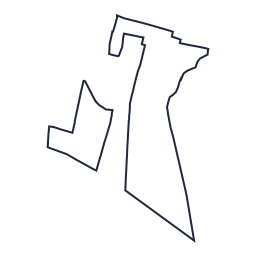 outline of San Sebastián Tutla, Oaxaca, Mexico
{"feature_id": "50627088B66033285847791", "entity_name": "San Sebastián Tutla", "entity_type": "district", "adm_level": 2, "iso_a3": "MEX", "parent_name": "Mexico", "parent_adm1": "Oaxaca", "projection": "natural_earth1", "projection_center": [-96.683, 17.044], "detail": "fine", "context": "isolated", "style": "outline", "palette": "slate", "viewbox_px": 256, "rotation_deg": 0, "n_neighbors": 0, "source": "geoboundaries", "source_scale": "gbopen_adm2", "svg_char_len": 3567}
<svg xmlns="http://www.w3.org/2000/svg" viewBox="0 0 256 256"><path d="M125.3,190.4L194.1,240.6L186.4,194.4L173.0,136.2L170.9,128.6L170.7,128.3L167.9,113.2L167.5,109.5L167.0,107.7L167.0,107.3L167.5,105.2L168.3,102.0L169.6,97.5L170.0,96.9L172.5,95.2L175.9,92.1L177.8,87.7L179.3,82.8L179.6,81.5L180.8,78.9L180.9,79.3L181.1,79.5L183.4,73.8L184.8,72.5L186.9,71.0L189.4,69.8L190.5,69.5L191.7,68.8L192.7,68.5L194.9,67.7L195.7,67.0L196.6,64.1L197.2,62.7L197.3,62.4L197.5,61.9L197.6,61.5L198.2,60.8L199.9,58.7L200.1,58.5L200.3,58.3L200.6,58.2L200.8,58.1L204.2,56.3L207.5,54.7L207.9,51.5L207.9,50.3L208.0,50.0L208.3,49.5L208.3,48.9L206.5,48.4L202.4,47.5L202.1,47.5L199.4,46.9L194.1,45.9L193.0,45.7L192.3,45.6L190.6,45.3L190.1,45.2L188.5,44.9L187.5,44.7L186.0,44.4L184.8,44.1L184.0,44.0L179.8,43.1L180.0,42.2L180.7,39.6L175.5,37.8L175.2,37.7L171.8,36.6L172.1,35.1L172.9,31.7L167.4,30.0L147.3,24.2L143.0,23.1L142.9,23.0L142.5,22.9L124.2,18.3L119.9,16.6L117.0,15.4L117.0,16.2L117.1,17.4L115.6,23.0L114.0,28.5L113.0,31.7L112.3,31.6L111.4,36.2L110.3,41.2L110.1,42.0L109.6,44.3L109.6,44.5L109.5,47.0L109.5,48.2L109.4,49.1L109.3,51.1L109.2,52.8L109.2,53.4L109.1,54.0L109.4,54.1L110.5,54.4L112.6,55.0L113.5,55.2L114.4,55.4L115.0,55.5L117.0,56.0L118.0,56.2L118.5,56.0L119.0,55.5L119.7,53.5L121.9,47.7L122.3,46.3L122.6,43.6L122.9,40.3L123.2,37.8L123.3,37.3L123.4,36.7L123.7,35.0L124.0,33.6L132.3,35.3L133.4,35.5L135.0,35.8L136.8,36.2L137.3,36.3L138.8,36.6L139.8,36.8L141.0,37.0L143.4,37.5L142.8,40.0L142.2,42.5L141.8,44.2L145.0,45.2L143.9,49.9L143.6,50.9L143.5,51.4L143.1,53.1L140.2,65.1L140.1,65.4L139.8,66.0L139.2,67.9L138.7,69.0L138.2,70.4L138.0,70.8L135.8,79.1L135.4,80.6L135.1,82.1L134.6,84.1L134.0,86.4L133.6,88.2L133.6,88.5L132.9,91.5L132.9,91.9L132.8,92.0L132.1,94.0L131.2,98.0L129.9,104.0L129.8,104.6L129.8,104.9L129.8,105.0L129.9,105.6L129.7,110.0L129.6,111.4L129.6,113.0L129.3,114.3L129.1,116.1L129.1,117.1L129.2,119.2L128.8,120.5L128.5,126.1L127.9,136.9L127.9,137.3L127.3,147.1L127.2,150.4L127.2,151.0L127.1,151.8L127.1,153.0L127.0,155.1L126.8,158.7L125.8,178.9L125.3,190.4ZM83.5,80.9L83.1,82.9L81.3,90.4L80.3,95.2L79.4,99.6L78.4,104.4L78.2,105.1L77.3,109.2L76.1,115.0L75.9,115.8L74.8,121.2L74.7,121.7L74.6,123.2L72.6,132.1L72.4,132.8L64.4,130.4L61.1,129.5L59.2,128.9L58.9,128.8L58.4,128.6L54.5,127.3L53.9,127.1L53.7,127.1L49.3,126.3L49.2,126.3L48.4,134.7L47.7,147.2L49.7,148.0L66.6,154.1L77.5,160.4L78.3,160.8L79.9,161.7L81.0,162.3L82.2,162.9L83.4,163.6L83.5,163.7L85.5,164.7L89.0,166.7L91.8,168.3L92.1,168.5L96.3,170.6L99.5,159.5L101.0,154.5L101.5,152.8L102.4,149.5L102.5,149.2L102.8,148.1L103.4,146.0L103.7,144.8L103.9,144.2L104.1,143.1L104.3,142.4L104.4,142.1L104.6,141.6L104.7,141.3L105.1,140.4L105.2,140.1L105.3,139.6L105.4,139.2L105.5,138.9L106.4,135.9L107.5,132.4L109.3,126.1L109.6,125.4L109.9,124.4L110.3,123.0L110.4,122.6L110.5,122.0L110.7,120.7L110.8,119.7L111.0,119.0L111.2,117.8L111.4,117.1L111.6,115.9L111.8,115.1L111.7,114.0L112.5,110.3L112.5,110.0L112.4,110.0L111.6,110.0L110.7,109.9L110.2,109.9L108.3,109.6L107.6,109.6L106.6,109.6L106.4,109.6L106.0,109.4L105.3,109.0L104.9,108.7L104.4,108.5L103.6,107.9L102.7,107.3L102.6,107.2L102.3,107.0L101.8,106.7L101.4,106.4L100.4,105.9L100.0,105.6L99.8,105.4L99.2,105.0L98.1,104.0L97.0,102.9L95.3,100.8L94.6,99.8L94.7,99.5L94.0,98.3L93.8,98.1L93.5,97.4L93.3,97.2L93.0,96.6L92.9,96.4L92.2,95.0L92.0,94.7L91.2,93.0L91.1,92.8L90.2,91.1L90.1,90.8L89.6,90.0L89.5,89.7L88.7,88.2L88.0,86.8L87.2,85.2L86.5,84.0L85.8,82.5L85.3,81.5L85.0,81.2L84.4,81.0L84.0,81.0L83.5,80.9Z" fill="none" stroke="#1e293b" stroke-width="2"/></svg>